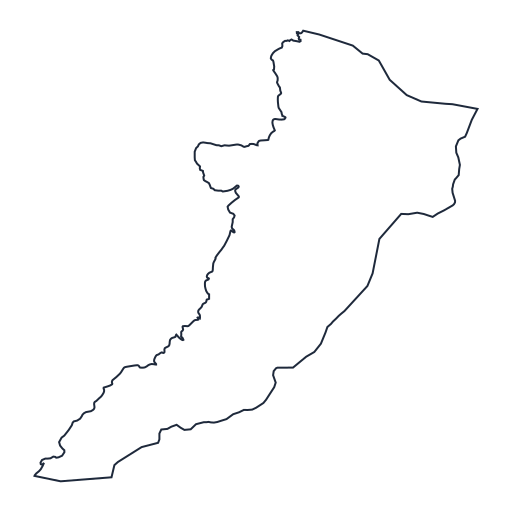 the district of Dalipebinaw, Federated States of Micronesia
{"feature_id": "79324940B90066431308454", "entity_name": "Dalipebinaw", "entity_type": "district", "adm_level": 2, "iso_a3": "FSM", "parent_name": "Federated States of Micronesia", "parent_adm1": "", "projection": "albers", "projection_center": [138.079, 9.514], "detail": "fine", "context": "isolated", "style": "outline", "palette": "slate", "viewbox_px": 512, "rotation_deg": 0, "n_neighbors": 0, "source": "geoboundaries", "source_scale": "gbopen_adm2", "svg_char_len": 6004}
<svg xmlns="http://www.w3.org/2000/svg" viewBox="0 0 512 512"><path d="M477.5,108.9L452.4,104.2L445.6,103.8L421.4,101.5L406.7,95.1L389.7,79.8L378.8,60.5L367.7,54.2L362.6,53.6L352.8,45.6L319.2,34.5L303.2,30.7L302.2,32.2L301.3,33.1L299.9,33.4L298.9,32.9L298.4,32.1L296.8,32.1L296.9,33.4L298.1,34.0L297.6,35.4L299.2,37.0L298.7,38.5L299.0,39.4L300.5,39.7L300.6,41.1L299.5,41.8L298.2,41.5L296.3,41.1L293.2,40.6L292.6,40.1L291.5,39.5L290.3,40.1L289.4,41.0L288.7,40.6L287.5,40.4L286.7,40.9L285.0,40.9L283.9,41.6L282.9,42.4L282.2,43.4L282.4,46.0L281.8,47.6L279.5,48.5L277.7,49.5L274.9,51.2L273.0,53.1L271.8,55.0L271.2,56.2L270.8,58.3L271.2,59.1L272.1,60.0L273.0,60.5L273.3,61.3L273.5,62.2L274.2,66.5L274.0,69.4L273.8,69.8L273.2,70.1L273.3,70.5L275.3,73.3L277.2,76.3L277.6,77.5L277.7,78.7L277.6,80.5L277.0,82.2L277.4,83.4L278.7,85.8L279.2,86.7L279.6,87.0L279.9,87.5L280.3,90.7L281.1,92.7L281.1,93.3L280.7,93.9L278.4,95.7L278.0,96.4L277.9,97.0L277.8,99.4L277.9,102.0L278.4,106.6L278.7,107.9L281.5,112.2L281.7,113.7L282.4,115.4L282.3,115.8L284.8,116.9L285.4,117.3L285.5,117.7L285.1,118.3L284.7,118.9L284.1,119.3L281.6,119.6L279.0,119.5L275.5,119.0L274.4,119.1L273.5,119.5L273.0,120.0L272.6,120.9L272.4,122.7L272.8,125.0L273.6,127.5L274.8,130.4L274.4,130.9L273.0,131.7L271.2,133.2L269.8,135.3L268.9,137.4L268.5,139.0L268.4,139.7L268.0,140.0L265.5,140.2L260.7,140.5L259.1,140.9L258.6,141.4L257.4,143.3L257.6,145.3L256.7,145.2L253.6,144.0L251.3,143.9L249.8,144.1L249.0,145.3L248.3,145.9L246.3,146.3L245.2,146.7L244.2,146.9L243.2,146.5L241.4,145.4L238.5,144.6L237.3,144.5L236.1,144.6L229.0,145.7L224.5,145.3L221.3,146.2L218.9,145.3L216.4,145.2L210.5,143.3L207.6,143.1L205.2,142.7L203.1,142.4L200.6,142.9L198.8,144.4L197.9,146.4L196.4,147.8L196.1,148.1L194.7,151.7L194.7,157.4L194.9,160.2L196.1,162.0L197.0,163.6L200.0,166.4L199.8,168.4L200.2,169.9L202.9,170.9L203.1,172.5L204.2,175.6L203.4,176.9L203.6,178.9L203.9,180.1L205.3,181.1L206.9,181.9L208.9,183.1L209.8,185.0L210.5,187.0L210.9,188.0L213.4,188.8L214.7,190.2L218.5,190.7L221.3,190.7L222.8,191.5L227.5,190.8L230.5,189.9L232.9,188.8L234.8,187.3L236.8,185.6L237.7,185.6L238.3,185.8L238.7,186.6L238.6,187.0L238.3,187.5L237.9,187.8L236.0,189.1L235.4,189.7L235.2,190.4L235.2,191.1L235.8,192.8L238.6,196.1L238.9,196.9L238.6,197.5L235.1,199.9L231.6,202.7L228.4,205.6L227.6,206.7L228.2,209.5L228.6,210.2L230.0,212.6L233.3,213.8L234.6,215.5L234.1,217.3L232.7,219.2L232.7,222.1L231.7,226.7L231.9,227.9L232.4,228.7L233.9,230.0L234.4,231.0L234.6,232.1L234.3,232.4L233.5,232.3L231.3,230.6L230.9,230.5L230.5,231.0L229.5,235.2L226.9,240.6L224.1,245.9L223.1,247.2L221.3,249.8L219.7,251.7L216.8,255.5L215.5,257.6L215.4,258.0L215.6,258.7L213.8,262.1L213.3,263.4L212.9,267.2L212.8,269.6L212.6,270.9L212.1,271.6L209.4,272.7L208.0,273.9L207.1,275.2L206.8,276.5L207.1,277.5L207.4,277.8L208.6,278.2L208.9,278.7L208.7,279.0L208.4,279.5L206.0,280.5L205.4,281.2L205.0,282.1L204.9,283.7L205.0,286.4L205.5,288.7L206.2,290.9L207.1,292.5L208.0,293.7L209.1,294.3L209.1,298.8L207.9,299.3L206.9,299.5L206.7,299.7L206.2,301.8L205.8,302.4L205.3,302.8L203.8,303.5L203.1,303.9L202.6,304.5L201.7,306.8L200.4,308.3L199.1,309.5L198.4,310.5L198.2,311.3L198.2,312.1L198.4,312.9L199.6,314.6L199.9,315.5L200.0,317.6L199.9,318.3L198.8,317.6L198.0,317.4L197.6,317.6L198.3,318.8L198.4,319.5L197.9,319.8L195.4,320.0L194.4,320.4L193.2,321.4L189.5,325.1L188.4,326.0L187.5,326.2L184.9,326.0L182.9,326.2L182.6,326.6L182.6,327.2L183.1,329.5L182.7,330.5L181.6,331.4L181.2,332.0L181.3,334.5L181.1,336.5L182.6,338.0L183.4,339.8L182.9,340.1L182.3,340.0L180.8,339.1L179.1,337.7L176.3,334.6L176.1,334.8L175.4,336.8L174.6,337.2L172.0,338.0L170.9,338.8L170.0,340.1L169.7,341.9L169.6,343.6L169.3,345.0L168.7,346.0L167.8,346.6L165.7,347.6L164.8,348.2L164.4,349.4L164.5,351.5L164.4,352.3L163.9,352.8L163.2,353.0L161.9,352.4L161.4,352.5L160.0,353.3L158.6,354.4L156.6,355.1L155.8,356.1L155.1,357.4L154.3,359.3L154.1,360.4L154.1,361.3L154.5,362.1L156.1,364.0L156.1,364.5L155.3,364.5L153.7,364.2L151.7,364.0L150.0,364.4L148.4,365.1L146.7,366.4L144.8,367.4L142.9,367.7L140.2,367.6L139.7,367.3L139.0,366.1L138.4,365.6L137.9,365.3L137.2,365.2L134.4,365.5L127.1,366.7L125.1,367.1L124.0,367.7L123.2,368.8L121.0,372.3L119.9,373.7L116.4,377.0L112.7,380.0L112.3,380.5L111.9,381.8L111.9,382.3L112.3,383.8L112.1,384.3L110.1,385.5L107.6,386.4L103.7,387.6L103.6,388.0L103.6,388.6L104.1,389.8L104.1,391.2L103.7,392.6L102.6,394.5L101.4,396.2L100.4,397.2L99.3,398.1L96.4,400.9L94.8,401.9L94.3,402.6L94.1,404.0L94.5,407.2L94.3,408.2L93.8,409.2L92.9,410.0L90.9,411.2L86.0,412.1L84.0,413.2L82.5,414.7L81.8,416.2L80.1,418.7L77.1,420.6L73.8,421.4L72.7,422.6L71.8,425.3L68.7,430.0L64.3,435.6L61.6,437.6L59.1,442.1L60.1,445.6L62.4,448.5L64.3,450.2L64.4,452.2L62.1,455.7L58.6,457.3L57.0,457.6L56.2,457.7L55.3,456.9L53.3,456.6L50.5,458.3L47.7,458.6L45.3,458.6L42.0,460.0L40.5,462.7L40.8,464.2L42.3,464.6L44.0,462.9L42.6,466.0L40.8,469.2L39.0,471.2L36.3,473.4L34.7,475.3L34.5,475.9L60.6,481.3L111.5,477.3L114.4,465.1L117.9,462.0L141.6,447.1L158.1,442.8L159.4,439.4L159.4,433.5L161.3,429.5L167.4,428.9L171.3,426.7L176.6,424.8L180.6,427.7L184.4,429.9L190.7,429.3L196.0,424.2L203.8,422.2L206.5,422.2L208.5,421.9L210.9,422.4L213.9,422.6L217.3,422.0L221.0,420.8L226.5,419.1L233.2,414.2L239.0,412.3L243.9,409.9L247.5,410.0L252.2,409.6L256.0,407.8L259.1,405.8L263.4,403.0L266.1,399.7L270.1,393.5L274.2,387.2L275.7,382.6L273.1,375.2L273.7,371.1L276.1,368.2L277.4,367.7L293.0,367.6L306.2,356.7L314.3,352.0L320.9,343.7L325.5,332.5L327.4,327.0L331.0,323.9L332.9,321.6L336.1,318.6L338.7,315.9L341.2,313.7L344.4,311.1L367.4,286.0L372.6,273.4L379.4,238.9L401.2,213.9L408.3,214.2L417.2,212.7L423.8,214.0L428.6,215.6L432.7,216.9L437.8,213.5L444.0,210.4L452.7,205.4L454.0,204.2L455.0,202.4L455.1,200.8L452.6,192.8L452.2,188.8L452.8,186.7L453.1,184.3L454.8,179.5L455.8,178.5L458.7,175.1L459.2,169.0L459.9,164.9L458.3,157.4L456.3,152.7L455.9,146.4L458.4,140.3L460.6,138.6L465.1,136.7L466.8,133.0L471.8,119.8L477.5,108.9Z" fill="none" stroke="#1e293b" stroke-width="2"/></svg>